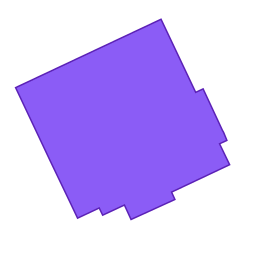 Wyandot, Ohio, United States of America, rotated 245°
{"feature_id": "52423323B18569406073310", "entity_name": "Wyandot", "entity_type": "district", "adm_level": 2, "iso_a3": "USA", "parent_name": "United States of America", "parent_adm1": "Ohio", "projection": "mercator", "projection_center": [-83.399, 40.84], "detail": "fine", "context": "isolated", "style": "filled", "palette": "violet", "viewbox_px": 256, "rotation_deg": 245, "n_neighbors": 0, "source": "geoboundaries", "source_scale": "gbopen_adm2", "svg_char_len": 376}
<svg xmlns="http://www.w3.org/2000/svg" viewBox="0 0 256 256"><g transform="rotate(245 128 128)"><path d="M83.3,44.1L67.6,44.2L67.7,68.1L59.7,68.2L59.7,92.2L43.8,92.1L43.4,140.3L51.5,140.4L51.8,204.6L75.0,204.3L75.0,212.4L83.5,212.8L86.0,212.6L131.7,212.6L131.7,204.4L212.6,203.9L212.1,43.2L131.6,43.6L83.3,44.1Z" fill="#8b5cf6" stroke="#5b21b6" stroke-width="1.5"/></g></svg>